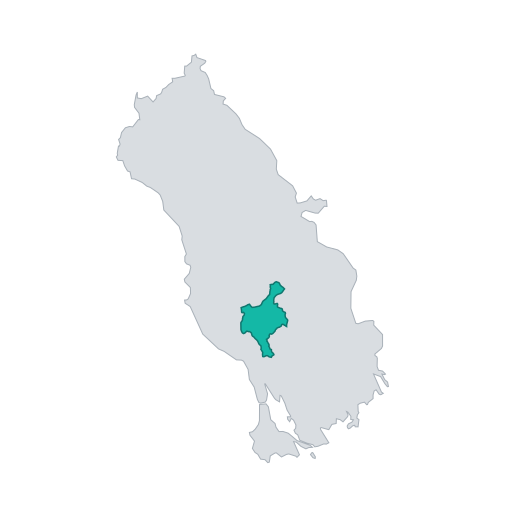 location of Ankara within Turkey, rotated 244°
{"feature_id": "TUR-3008", "entity_name": "Ankara", "entity_type": "Province", "adm_level": 1, "iso_a3": "TUR", "parent_name": "Turkey", "parent_adm1": "", "projection": "albers", "projection_center": [32.475, 39.676], "detail": "fine", "context": "in_parent", "style": "filled", "palette": "teal", "viewbox_px": 512, "rotation_deg": 244, "n_neighbors": 0, "source": "natural_earth", "source_scale": "10m", "svg_char_len": 5915}
<svg xmlns="http://www.w3.org/2000/svg" viewBox="0 0 512 512"><g transform="rotate(244 256 256)"><path d="M380.0,178.0L386.8,179.7L388.7,177.8L394.6,177.4L400.1,178.1L402.5,173.9L406.3,173.9L407.2,175.8L409.1,176.3L415.1,180.6L414.6,181.3L416.1,182.9L421.0,183.6L421.8,186.0L425.9,189.3L428.5,194.8L427.9,199.0L426.1,201.8L430.2,210.1L429.4,211.3L435.6,213.4L442.8,212.0L445.3,212.9L453.3,218.8L455.4,221.2L450.1,218.6L447.7,221.8L447.2,228.7L439.6,231.0L441.3,235.2L443.7,237.0L443.5,241.2L444.3,242.8L446.8,245.2L447.0,249.0L448.4,252.8L449.1,257.5L452.5,258.5L451.3,260.9L448.9,270.9L449.3,271.6L451.8,271.6L457.9,275.2L457.1,276.8L458.5,282.9L463.9,286.2L463.4,288.3L463.8,290.3L460.2,289.9L453.8,296.3L453.0,296.3L451.8,294.5L450.9,289.1L449.0,287.9L446.7,287.8L443.2,290.8L439.6,291.2L436.0,291.1L426.3,288.9L423.1,290.4L419.4,289.5L413.1,297.0L411.0,297.8L409.7,294.6L407.0,293.0L404.2,295.9L392.5,300.3L387.0,301.4L380.2,301.0L374.6,301.8L360.0,310.7L345.7,315.9L332.6,316.5L325.1,312.3L319.4,311.6L303.0,319.7L294.8,319.9L291.9,317.1L285.5,316.2L284.3,319.1L283.2,325.9L285.8,332.0L282.2,332.5L280.0,334.0L279.5,338.7L276.3,340.6L275.4,343.5L274.8,343.6L269.4,341.5L270.8,339.2L267.2,330.7L268.7,327.9L275.2,320.6L274.9,316.5L271.8,313.8L263.4,319.3L262.7,321.3L260.8,322.9L257.6,323.6L242.0,317.4L233.1,323.5L225.6,332.2L219.8,335.4L202.6,338.0L199.6,339.6L193.7,337.8L190.2,335.5L182.3,325.8L167.4,318.3L151.7,316.2L150.3,318.1L149.6,325.6L146.9,332.6L145.6,333.3L142.2,331.5L129.9,335.3L119.6,330.3L117.9,328.2L115.8,319.9L114.3,319.3L112.6,320.4L110.9,320.2L103.6,316.4L99.6,316.0L97.1,319.3L93.1,320.6L93.0,319.6L94.7,317.4L88.4,317.5L85.0,319.0L80.6,317.8L80.9,316.8L84.6,315.9L93.0,315.1L98.5,309.9L78.7,309.1L76.8,310.2L76.6,307.3L77.8,306.1L83.1,305.3L82.9,303.0L79.8,300.3L76.5,298.7L75.2,292.7L73.6,291.1L73.8,290.3L77.1,289.4L78.0,285.1L77.7,282.4L71.5,279.7L70.1,279.8L68.7,277.4L66.1,275.6L63.8,276.8L57.7,272.8L59.0,270.3L60.6,270.5L61.0,268.5L60.0,265.1L60.2,263.3L61.7,263.0L63.2,263.4L64.6,265.5L64.6,269.3L66.1,271.8L67.5,269.5L70.3,271.0L75.5,270.1L76.6,269.2L72.8,269.1L71.5,268.0L68.8,261.5L72.0,259.9L74.5,256.9L70.3,254.6L71.4,250.4L68.0,245.3L73.3,239.3L73.1,238.4L71.6,238.0L56.2,239.6L56.1,236.8L57.4,234.4L57.8,228.4L58.7,225.2L61.5,224.4L65.3,219.9L71.2,214.6L77.0,215.1L79.4,213.7L82.8,213.8L83.7,216.1L86.6,217.8L92.0,217.8L94.6,216.5L92.3,213.6L95.4,212.9L97.7,213.7L96.3,216.6L97.0,217.0L103.9,216.4L111.1,217.4L119.1,217.4L120.2,216.5L114.6,213.2L118.3,210.7L120.4,210.2L137.1,208.3L137.2,207.7L127.1,206.0L121.9,202.3L120.6,200.3L121.8,195.6L122.9,194.4L126.6,194.4L139.0,196.9L147.9,195.9L157.6,199.2L166.9,198.7L168.8,197.3L171.2,192.9L184.3,185.5L188.9,181.6L209.1,173.9L239.4,174.7L244.6,171.6L247.7,172.5L246.9,174.5L247.2,176.3L250.9,180.7L256.4,183.2L263.8,180.7L266.6,181.4L269.6,188.4L274.4,192.4L276.6,192.7L279.4,190.1L282.1,189.6L286.7,191.8L288.3,194.3L303.1,196.4L306.3,198.4L316.3,199.9L337.7,193.3L346.0,196.1L352.8,196.6L355.6,195.8L364.0,191.0L366.6,188.5L371.9,186.0L378.3,180.8L380.0,178.0ZM100.3,172.7L99.6,175.8L100.7,179.4L103.5,184.3L106.5,186.9L121.0,194.1L118.7,200.2L115.0,201.0L102.4,197.5L97.1,199.7L93.4,198.9L88.1,199.7L86.5,203.3L82.6,207.3L72.1,212.0L62.1,221.7L59.3,222.9L60.7,219.4L60.8,216.3L65.1,213.0L71.1,210.6L72.7,208.4L58.3,207.9L57.1,204.6L58.6,204.1L63.7,198.7L64.3,196.5L64.2,190.8L70.1,188.0L70.6,186.7L70.1,181.2L64.9,177.6L65.1,176.0L69.0,174.8L71.4,171.1L77.0,170.7L79.8,169.0L84.6,168.4L90.3,173.5L97.5,172.0L100.3,172.7ZM54.5,220.8L49.5,221.3L48.1,220.4L49.7,218.8L53.6,217.9L54.7,219.7L54.5,220.8Z" fill="#d9dde1" stroke="#a8b0b8" stroke-width="1"/><path d="M189.0,218.1L190.8,217.2L191.3,216.1L192.1,215.3L192.5,214.7L191.7,212.4L191.7,210.9L192.3,210.4L193.1,210.0L194.8,210.0L196.4,210.2L202.6,213.1L203.2,213.9L203.7,214.9L204.4,215.7L205.2,216.3L205.6,216.4L206.5,217.2L207.2,217.6L207.6,218.3L207.9,219.3L209.3,220.4L210.8,220.1L210.9,219.4L211.1,218.7L211.5,218.5L211.9,218.5L212.6,218.8L213.3,219.1L216.1,220.0L215.9,222.3L215.6,223.9L215.6,225.8L215.8,227.4L215.5,229.0L213.1,229.4L211.5,230.0L210.6,232.4L210.1,234.8L209.5,237.1L210.0,239.5L211.7,241.5L212.4,242.6L213.2,246.5L215.0,249.9L215.4,251.4L217.9,252.9L219.0,253.8L219.4,253.9L219.7,254.2L220.0,254.7L220.5,255.0L221.6,255.1L222.3,255.4L222.6,255.7L224.0,256.2L223.8,257.1L223.1,259.0L224.0,261.3L224.0,262.9L222.2,264.7L221.4,265.1L219.4,265.0L217.6,265.6L215.8,266.6L213.9,267.2L213.4,266.1L212.8,265.1L212.2,264.0L211.7,262.9L211.6,261.3L211.9,259.7L212.0,258.2L211.8,256.7L210.6,254.0L208.5,252.5L207.3,252.1L206.9,251.9L206.0,251.2L205.1,251.2L204.7,251.7L204.4,252.5L204.2,253.9L203.9,254.4L203.0,254.3L201.7,253.3L200.7,253.0L198.5,254.8L197.7,255.9L196.8,256.4L195.1,255.8L193.8,256.4L192.5,257.5L191.6,257.4L190.8,256.6L190.1,256.2L188.3,255.6L187.2,255.7L184.9,256.4L184.1,256.2L181.1,253.6L180.1,253.0L179.2,252.6L179.7,252.2L180.9,251.7L181.1,251.4L181.3,251.1L181.7,251.0L182.2,250.9L182.7,250.4L183.1,249.7L183.0,248.9L182.3,248.4L181.9,247.7L181.9,246.6L181.7,246.1L181.9,245.3L182.0,244.4L182.1,243.6L181.8,243.0L181.5,242.5L181.4,241.6L181.1,241.1L180.1,240.1L179.0,237.2L178.9,235.8L179.8,234.8L179.7,234.1L179.5,233.9L179.2,233.4L179.0,233.0L178.3,233.0L177.7,232.6L177.1,231.8L176.8,230.9L176.8,230.2L176.5,229.7L176.5,228.9L175.5,229.0L174.7,228.4L173.9,228.7L172.4,228.7L171.5,228.9L170.8,228.7L170.2,228.8L169.3,227.9L168.8,228.0L168.3,228.1L166.3,227.8L165.7,228.4L165.1,228.8L164.6,228.6L164.0,228.2L162.8,228.1L160.8,228.9L159.9,228.9L159.4,228.8L159.3,228.2L159.1,226.5L158.2,225.4L159.6,223.6L161.3,222.7L162.0,221.3L161.9,219.6L162.2,218.6L162.7,218.0L164.7,218.7L166.5,219.8L170.1,219.5L170.8,220.3L171.3,220.5L171.9,220.6L172.5,220.9L173.2,221.0L175.1,220.2L175.9,220.1L178.6,220.2L180.4,219.8L181.9,219.1L184.3,218.5L185.2,217.9L186.1,217.6L189.0,218.1Z" fill="#14b8a6" stroke="#0f766e" stroke-width="1.5"/></g></svg>